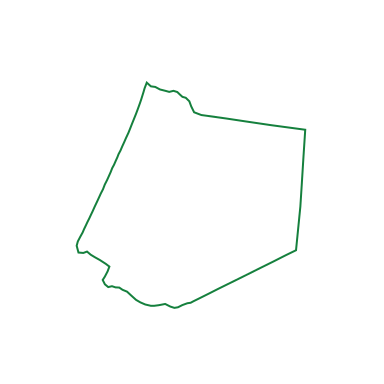 outline of Carapebus, Rio de Janeiro, Brazil, rotated 139°
{"feature_id": "56859067B72650257323744", "entity_name": "Carapebus", "entity_type": "district", "adm_level": 2, "iso_a3": "BRA", "parent_name": "Brazil", "parent_adm1": "Rio de Janeiro", "projection": "mercator", "projection_center": [-41.619, -22.204], "detail": "fine", "context": "isolated", "style": "outline", "palette": "green", "viewbox_px": 384, "rotation_deg": 139, "n_neighbors": 0, "source": "geoboundaries", "source_scale": "gbopen_adm2", "svg_char_len": 1417}
<svg xmlns="http://www.w3.org/2000/svg" viewBox="0 0 384 384"><g transform="rotate(139 192 192)"><path d="M314.3,227.1L317.4,220.8L314.0,217.3L310.3,215.9L309.6,211.2L308.1,206.5L306.2,201.2L304.2,194.3L303.3,189.9L307.7,187.5L313.3,185.3L317.1,184.2L318.3,179.5L317.6,175.2L314.2,173.4L312.3,170.2L309.6,167.6L308.6,163.8L306.4,159.4L305.8,153.9L305.0,147.3L303.4,142.6L301.1,137.8L297.7,133.1L295.3,131.0L291.4,128.4L285.7,125.1L283.5,119.7L281.3,116.1L278.2,114.2L273.5,113.0L268.5,111.1L265.7,109.3L262.6,108.6L256.9,107.1L245.7,104.2L236.1,101.8L209.5,94.8L190.5,89.9L176.4,86.2L166.0,83.6L162.1,82.6L151.7,79.8L119.8,109.9L103.8,126.1L85.9,144.3L65.7,164.7L88.5,190.6L104.8,209.6L118.1,225.2L134.5,244.0L138.1,250.8L136.4,257.2L134.5,262.2L134.9,267.2L136.8,270.1L137.2,273.6L137.5,277.1L139.6,280.5L143.5,282.5L145.7,285.8L148.9,290.4L150.8,295.4L153.7,298.7L154.4,304.2L159.7,301.4L163.1,299.2L166.5,297.1L169.9,295.0L173.0,293.2L176.4,291.3L179.3,289.7L183.0,287.7L187.1,285.6L192.4,282.9L196.8,280.6L201.1,278.4L206.5,276.0L210.7,274.0L214.7,272.2L218.8,270.2L222.7,268.7L225.7,267.1L229.0,265.6L233.0,263.7L236.5,262.4L240.3,260.4L244.6,258.4L248.3,256.7L253.0,254.8L257.3,252.5L261.8,250.7L265.3,249.1L269.3,247.3L275.0,244.8L279.3,242.8L282.3,241.5L286.8,239.5L290.7,237.9L294.3,236.3L297.8,234.8L301.1,233.2L305.5,231.6L310.6,229.6L314.3,227.1Z" fill="none" stroke="#15803d" stroke-width="2"/></g></svg>